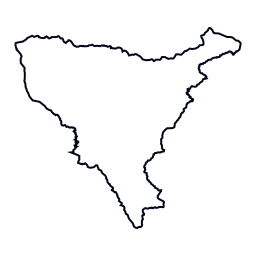 the district of Mae Ai, Chiang Mai, Thailand
{"feature_id": "78962969B45040254304156", "entity_name": "Mae Ai", "entity_type": "district", "adm_level": 2, "iso_a3": "THA", "parent_name": "Thailand", "parent_adm1": "Chiang Mai", "projection": "orthographic", "projection_center": [99.393, 19.961], "detail": "fine", "context": "isolated", "style": "outline", "palette": "ink", "viewbox_px": 256, "rotation_deg": 0, "n_neighbors": 0, "source": "geoboundaries", "source_scale": "gbopen_adm2", "svg_char_len": 5717}
<svg xmlns="http://www.w3.org/2000/svg" viewBox="0 0 256 256"><path d="M133.6,226.0L135.2,227.5L137.2,228.0L138.8,227.0L140.8,226.9L142.0,225.6L142.1,224.4L141.8,223.4L142.1,220.1L142.9,219.4L142.2,215.9L142.6,215.2L143.9,214.9L144.1,214.2L143.9,213.5L142.9,212.3L142.8,210.0L144.3,208.5L145.2,208.2L148.3,208.6L149.9,207.8L151.0,208.1L151.7,207.6L153.0,208.2L155.0,207.2L155.9,207.8L156.9,207.8L160.0,206.9L163.1,207.2L163.6,206.9L163.6,203.4L164.0,202.0L163.3,201.3L158.6,198.8L157.6,197.4L157.8,195.9L161.0,191.2L161.1,190.2L159.7,190.5L158.5,190.3L158.0,189.9L157.7,188.8L155.2,187.9L154.8,186.4L154.0,186.3L152.5,184.7L151.2,183.9L150.7,182.7L149.1,181.5L148.8,180.5L148.2,180.4L147.3,179.5L147.0,177.5L147.5,176.4L146.6,174.9L146.7,173.1L144.6,172.4L144.2,171.8L145.3,169.5L144.8,168.8L145.1,167.8L144.2,167.2L144.2,166.5L144.6,165.5L145.6,164.3L145.9,162.7L146.8,162.4L147.9,160.5L149.2,160.6L150.7,159.6L151.3,158.4L152.7,157.6L153.1,155.9L153.7,155.0L153.6,154.3L154.2,154.2L155.1,153.0L156.6,152.9L158.2,152.3L160.1,152.6L161.3,151.9L163.9,151.4L164.2,150.0L163.0,149.5L162.3,148.8L161.9,147.7L162.0,145.4L161.0,143.9L161.3,142.4L161.1,139.2L162.4,137.8L162.3,135.7L163.0,132.4L165.4,129.7L167.2,128.3L172.7,128.1L174.4,127.0L174.9,123.2L176.1,122.2L177.0,120.7L178.2,119.8L178.9,118.2L180.1,117.1L181.2,113.8L182.1,112.7L182.9,112.5L183.8,111.3L184.0,110.7L183.6,109.1L186.2,107.4L186.6,104.3L187.2,104.0L187.3,103.4L188.1,102.7L188.9,102.5L190.5,101.1L191.7,101.4L192.4,101.2L193.0,100.1L193.0,99.2L192.6,99.0L191.9,99.5L191.7,98.6L190.2,97.7L190.3,97.2L189.9,97.1L190.3,96.7L189.4,96.1L189.2,95.4L188.7,95.3L188.3,94.7L187.5,94.4L187.9,93.8L187.7,93.2L186.7,93.3L186.6,92.8L187.1,92.2L188.9,91.0L187.5,89.9L187.6,89.0L188.8,88.6L189.5,89.0L190.0,88.8L190.9,87.0L192.0,86.1L193.2,86.6L195.4,86.7L196.2,86.5L196.7,86.0L197.2,84.7L198.6,84.4L200.7,82.1L202.0,81.6L203.1,79.3L206.6,78.4L206.2,78.0L205.9,78.1L205.3,77.7L205.6,76.9L206.3,76.6L205.4,75.3L203.5,74.6L202.2,73.3L201.4,73.4L199.7,72.1L199.7,70.5L199.1,69.9L199.3,69.5L198.6,68.4L199.3,67.1L199.0,66.4L199.6,66.0L199.5,64.8L200.6,64.1L201.2,64.3L202.1,63.7L202.8,63.9L202.9,63.4L205.1,62.7L206.0,61.5L207.2,61.2L208.2,59.9L211.1,59.7L211.6,58.9L212.8,58.1L215.0,57.5L216.3,57.7L216.8,57.1L217.9,57.4L218.4,57.0L219.2,57.0L220.2,56.4L220.1,55.4L221.4,55.3L222.3,54.4L222.9,54.2L222.9,53.9L224.1,53.9L225.6,53.2L225.8,52.8L227.6,52.8L227.9,52.2L229.2,51.5L229.9,51.7L230.1,51.4L231.3,51.9L231.4,52.5L232.0,52.5L232.9,54.6L233.7,54.6L234.3,53.1L235.1,52.9L235.1,52.6L235.9,52.1L236.4,51.2L237.2,51.4L239.5,49.5L240.5,44.7L240.6,43.3L240.4,42.8L238.4,40.9L236.0,40.4L232.4,37.4L230.1,37.0L227.1,37.0L218.9,33.5L214.3,33.2L213.4,32.4L212.3,30.1L210.5,28.2L209.6,28.0L208.9,28.3L207.6,30.8L204.9,33.0L204.2,34.7L201.2,35.7L201.6,37.8L202.4,38.6L203.3,41.3L203.5,44.1L202.9,45.0L199.6,45.3L198.2,47.1L195.6,48.5L192.3,49.0L189.8,48.6L186.3,51.0L184.9,51.1L181.5,54.6L180.1,54.7L178.3,54.2L176.0,54.5L174.1,57.8L173.0,58.6L171.2,58.3L168.4,58.9L165.0,57.1L162.3,57.0L161.8,57.2L161.1,58.8L160.0,59.8L156.3,59.6L153.8,61.1L152.5,59.5L151.7,59.2L149.5,60.1L147.5,60.0L146.3,60.3L142.8,59.4L140.4,56.6L136.1,54.1L135.0,54.1L133.7,54.9L131.9,54.6L129.1,55.5L127.6,52.7L125.7,50.9L124.1,50.6L122.5,51.6L122.2,50.0L121.3,48.4L119.5,47.6L118.0,47.5L116.4,48.4L113.5,48.5L112.2,47.9L110.9,48.1L111.0,46.8L110.0,46.1L107.7,46.8L106.6,46.1L104.8,45.9L103.9,45.3L103.1,45.8L101.9,45.4L100.1,46.2L97.3,45.8L94.4,46.1L92.3,44.7L90.7,45.2L88.9,45.3L88.1,46.0L85.8,46.3L84.2,46.2L83.5,45.9L82.9,46.3L82.4,46.0L80.1,45.9L78.4,46.7L76.3,46.7L73.9,45.5L70.9,41.2L69.1,40.2L68.5,40.2L67.7,41.5L66.6,41.9L65.9,42.9L64.5,42.3L63.6,41.3L63.0,39.4L62.3,38.4L60.6,38.4L59.1,36.6L58.2,36.1L56.9,36.9L55.7,37.1L51.9,37.0L50.5,38.1L49.0,38.4L46.6,36.4L45.8,36.7L45.5,37.5L44.6,37.4L43.7,38.1L40.7,37.8L39.8,37.3L38.9,37.2L38.4,36.0L37.4,35.8L34.1,36.9L32.1,35.8L27.4,38.0L25.9,39.6L22.7,41.6L17.6,42.5L15.7,43.1L15.4,44.8L16.3,48.7L17.0,49.2L16.7,49.9L18.0,51.0L20.5,54.0L21.6,56.2L20.6,59.2L20.8,63.0L24.6,67.9L24.4,70.9L24.8,72.5L24.8,77.8L24.4,81.3L25.2,83.1L25.8,87.8L26.4,88.9L27.0,91.1L28.2,92.9L29.4,96.4L32.7,100.4L39.0,101.7L40.2,102.3L44.9,106.1L46.5,108.4L49.2,110.0L51.0,110.4L52.1,112.3L53.0,112.9L53.4,113.7L55.1,114.5L55.5,115.2L57.0,114.7L57.7,114.9L60.2,118.8L60.1,119.9L61.0,120.8L61.4,122.7L61.2,123.6L61.5,124.7L61.9,125.2L63.3,125.6L65.1,125.0L66.4,126.9L67.8,126.5L69.7,127.7L71.2,127.3L72.4,127.7L72.9,127.4L75.1,128.5L74.9,129.5L75.5,130.0L75.5,130.5L74.1,130.7L73.6,131.4L75.5,132.8L75.2,133.6L75.8,133.9L75.7,134.7L76.8,136.4L75.5,137.0L75.6,137.7L76.3,137.8L76.2,138.7L75.1,139.5L75.8,139.6L75.7,140.9L76.1,140.5L76.5,141.4L76.9,141.1L77.8,141.4L77.4,142.1L78.1,142.4L77.7,142.9L77.0,142.4L76.1,142.9L76.6,143.4L76.1,143.6L75.7,144.6L76.5,144.4L76.5,144.9L76.0,145.3L74.6,145.5L74.8,146.0L75.3,145.8L75.8,146.2L75.6,146.9L76.3,146.9L76.0,147.1L75.9,147.6L75.4,147.6L75.1,148.6L73.3,150.3L73.5,152.0L70.9,152.4L78.1,155.2L79.4,156.1L79.2,157.4L79.4,159.3L78.4,161.4L78.1,162.9L82.0,164.3L82.3,163.8L83.8,164.1L85.3,163.3L87.3,165.2L87.6,166.7L88.0,167.1L90.3,167.8L93.9,167.2L96.0,165.2L97.3,165.5L98.6,169.4L101.3,170.7L101.6,172.0L102.7,173.5L105.2,175.5L106.3,177.7L106.1,178.5L107.3,180.0L107.5,182.2L109.0,184.0L109.9,184.3L110.2,185.6L112.8,187.6L113.1,188.3L112.9,189.0L111.9,189.7L111.8,190.2L113.0,190.7L114.6,192.2L115.7,192.1L116.1,192.5L117.2,194.9L117.2,195.6L117.7,196.1L117.8,197.4L118.8,198.3L119.3,199.4L119.0,201.0L121.8,203.1L121.5,204.7L120.9,205.2L123.2,206.0L124.2,206.8L124.5,208.4L124.0,209.8L125.2,211.4L125.9,213.8L127.6,214.8L128.9,218.6L132.8,223.3L133.5,224.9L133.6,226.0Z" fill="none" stroke="#020617" stroke-width="2"/></svg>